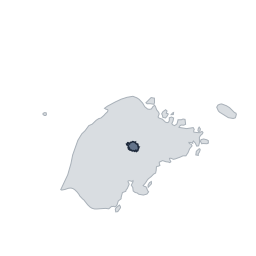 location of Yeongdong-gun, North Chungcheong, South Korea, rotated 229°
{"feature_id": "91817680B4431337162748", "entity_name": "Yeongdong-gun", "entity_type": "district", "adm_level": 2, "iso_a3": "KOR", "parent_name": "South Korea", "parent_adm1": "North Chungcheong", "projection": "natural_earth1", "projection_center": [127.828, 36.154], "detail": "fine", "context": "in_parent", "style": "filled", "palette": "slate", "viewbox_px": 256, "rotation_deg": 229, "n_neighbors": 0, "source": "geoboundaries", "source_scale": "gbopen_adm2", "svg_char_len": 4336}
<svg xmlns="http://www.w3.org/2000/svg" viewBox="0 0 256 256"><g transform="rotate(229 128 128)"><path d="M78.7,65.0L79.5,64.4L79.6,63.5L79.6,60.5L82.0,58.4L85.3,54.1L87.0,51.8L88.9,49.6L91.0,48.2L93.2,47.5L96.5,47.2L102.9,47.5L104.2,47.2L108.7,47.0L109.7,47.4L113.0,47.6L116.6,47.3L118.4,46.7L120.1,45.6L121.5,43.7L123.0,40.1L124.6,37.3L125.6,36.8L132.2,51.8L138.5,61.5L143.9,68.5L151.6,82.1L153.9,89.3L154.1,93.8L155.5,100.0L154.4,103.5L154.7,109.1L154.3,112.0L153.3,114.1L153.3,118.1L153.6,120.3L153.7,123.2L154.3,124.3L155.2,124.7L156.6,123.7L158.3,123.2L158.0,126.7L156.0,135.5L154.2,141.8L151.8,147.4L148.7,152.5L144.9,154.5L142.3,155.2L137.3,155.4L133.1,154.6L129.5,155.2L128.1,156.3L127.0,158.1L127.8,160.9L127.7,163.0L126.2,162.8L123.1,161.6L119.7,161.4L118.2,160.8L116.6,157.9L115.0,158.0L112.1,159.7L107.8,160.1L106.3,161.1L105.8,162.3L106.4,163.9L108.6,165.9L107.8,168.0L105.6,169.0L103.7,166.5L102.6,164.0L101.3,163.8L99.3,164.6L98.9,167.3L99.9,169.1L101.4,171.2L99.2,173.7L98.7,175.4L97.1,176.7L93.0,173.9L93.6,171.9L95.4,170.0L95.6,168.0L95.0,166.9L89.1,171.8L85.5,177.5L83.5,177.1L82.7,175.6L81.6,175.0L77.6,178.7L76.9,181.6L75.5,181.7L74.8,180.5L74.8,177.9L74.1,175.7L70.1,172.4L68.2,169.6L69.2,168.0L72.6,168.9L75.3,168.8L74.8,167.4L73.9,166.8L75.7,166.1L77.2,164.5L76.0,164.1L74.1,165.0L72.5,164.6L71.9,160.9L70.0,157.1L69.0,153.4L70.9,151.3L71.9,148.0L73.7,143.3L74.6,141.7L77.0,140.6L77.9,139.4L76.5,138.7L74.4,138.2L74.5,136.8L75.9,136.1L77.5,134.6L80.7,132.7L81.7,129.2L80.8,128.4L78.8,127.5L79.3,125.8L80.1,124.5L79.8,123.7L77.5,121.4L75.9,119.3L76.4,117.0L76.1,113.5L76.3,110.5L76.2,108.9L75.1,105.2L74.6,101.6L73.1,102.1L71.9,103.0L67.6,101.7L66.3,101.7L65.7,99.0L67.3,95.6L70.9,92.7L73.0,92.3L74.6,91.1L77.1,90.6L80.0,92.6L82.7,93.0L84.1,96.5L85.0,97.2L85.2,95.9L87.4,94.5L87.9,93.3L87.4,92.7L84.9,92.1L82.8,87.8L82.5,86.0L81.7,84.8L82.9,81.4L80.3,77.5L79.1,76.3L79.3,72.8L78.0,70.6L77.2,69.3L76.8,67.2L77.2,66.3L78.3,65.9L78.7,65.0ZM69.7,218.5L68.5,219.2L67.3,218.8L67.0,218.4L65.7,216.5L65.3,215.5L66.2,213.6L70.0,210.5L79.9,207.5L81.6,207.4L85.5,208.6L86.3,211.0L85.6,213.1L84.7,214.5L80.2,216.9L76.7,218.0L69.7,218.5ZM135.8,165.4L133.2,167.5L129.8,164.7L128.9,163.1L131.6,160.9L133.8,158.3L135.3,158.1L135.8,165.4ZM117.4,165.1L117.1,168.4L115.2,168.6L114.0,166.5L112.8,167.5L112.1,167.5L111.2,164.9L111.0,162.8L113.3,161.3L114.7,162.2L116.6,162.7L117.4,165.1ZM67.3,179.8L65.6,180.3L64.6,179.2L63.9,178.9L64.3,177.3L67.2,174.3L67.7,173.3L70.4,173.9L71.3,175.5L70.1,177.9L67.3,179.8ZM75.6,66.5L75.5,71.0L74.0,70.8L73.0,70.3L72.6,69.5L71.6,65.4L72.7,63.7L74.9,65.0L75.6,66.5ZM65.7,167.7L65.3,168.5L64.2,168.2L62.9,165.9L62.5,164.1L61.2,163.1L63.2,161.5L65.6,164.3L65.7,167.7ZM72.7,108.4L72.3,110.5L70.5,109.1L70.0,104.3L71.8,105.7L72.7,108.4ZM194.3,75.2L193.1,76.2L191.6,75.2L191.4,74.2L192.2,73.2L193.9,72.7L194.8,73.5L194.3,75.2ZM81.5,180.7L82.0,182.3L79.8,182.0L78.6,180.5L78.8,179.1L80.1,179.0L81.5,180.7ZM110.1,171.6L109.8,172.6L108.4,171.0L109.8,169.3L110.1,171.6Z" fill="#d9dde1" stroke="#a8b0b8" stroke-width="1"/><path d="M111.4,114.7L110.5,114.9L110.1,115.0L110.1,115.4L109.8,115.5L109.3,115.6L109.1,116.1L108.7,116.2L108.2,116.0L107.9,116.1L107.7,116.4L107.4,116.9L107.4,117.2L107.1,117.5L106.7,117.7L106.2,117.6L106.1,118.2L106.1,118.6L106.1,119.0L106.1,119.4L105.7,119.3L105.4,119.0L105.1,118.8L104.8,118.8L104.8,119.3L104.7,119.7L104.6,119.9L104.5,120.2L104.5,120.5L104.6,120.8L104.8,121.0L105.1,121.2L105.3,121.6L105.4,122.1L105.8,122.5L105.9,123.0L106.3,123.4L106.4,123.8L106.7,123.5L106.9,123.2L107.3,123.3L107.4,123.7L107.8,123.9L108.2,123.9L108.8,124.3L109.3,124.8L109.7,124.7L110.0,124.2L110.3,124.0L110.7,123.9L111.2,123.8L111.8,123.9L112.3,124.3L112.3,124.2L112.8,124.0L113.0,123.4L113.5,123.3L114.0,123.1L114.6,122.8L114.7,122.3L114.8,121.7L114.9,121.1L115.3,120.8L115.5,120.4L115.5,119.8L115.4,119.3L115.0,118.9L114.9,118.5L115.5,118.2L116.0,118.1L116.4,118.2L116.5,118.4L116.8,118.5L117.0,118.3L117.1,118.2L117.0,117.8L116.6,117.5L116.4,117.3L116.3,117.0L116.6,116.8L116.6,116.6L116.8,116.4L116.6,116.3L116.3,116.1L115.8,116.1L115.5,116.3L115.1,116.5L114.7,116.6L114.3,116.6L114.0,116.4L113.9,116.1L113.5,115.9L113.2,115.8L113.2,115.3L112.8,115.1L112.7,115.4L112.4,115.8L112.1,115.9L111.5,115.7L111.4,115.1L111.4,114.7Z" fill="#64748b" stroke="#1e293b" stroke-width="1.5"/></g></svg>